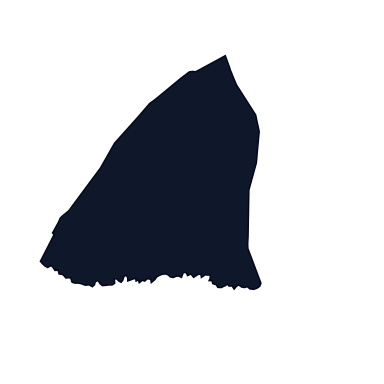 outline of Canarana, Bahia, Brazil, rotated 208°
{"feature_id": "56859067B18053238109826", "entity_name": "Canarana", "entity_type": "district", "adm_level": 2, "iso_a3": "BRA", "parent_name": "Brazil", "parent_adm1": "Bahia", "projection": "robinson", "projection_center": [-41.717, -11.766], "detail": "fine", "context": "isolated", "style": "filled", "palette": "ink", "viewbox_px": 384, "rotation_deg": 208, "n_neighbors": 0, "source": "geoboundaries", "source_scale": "gbopen_adm2", "svg_char_len": 1707}
<svg xmlns="http://www.w3.org/2000/svg" viewBox="0 0 384 384"><g transform="rotate(208 192 192)"><path d="M270.9,57.2L267.8,58.4L265.4,57.9L263.0,56.8L261.2,58.1L258.8,59.2L255.5,56.0L252.5,56.6L249.9,58.1L246.9,59.0L242.5,59.6L239.3,61.7L235.5,61.6L234.5,64.3L235.3,67.0L233.6,69.8L230.0,67.8L227.1,67.3L224.6,68.9L221.5,71.1L218.9,72.4L217.4,75.1L220.0,79.0L217.5,79.9L214.8,79.0L212.2,79.0L211.7,81.5L212.4,85.3L211.1,87.7L208.4,86.0L207.0,83.3L205.2,85.2L203.3,87.4L201.3,89.3L199.6,87.1L197.9,89.1L196.0,87.1L194.3,90.8L191.9,91.1L190.7,94.5L187.5,95.6L185.4,92.9L183.8,96.8L183.2,100.6L181.6,103.1L179.6,105.4L177.0,107.2L173.9,107.6L171.4,106.8L168.4,107.7L166.4,110.2L164.4,111.5L161.2,111.7L161.9,117.0L159.2,118.0L156.7,116.1L154.4,119.1L150.5,117.4L149.3,119.6L147.5,122.7L145.3,123.3L143.6,121.0L141.4,125.2L139.3,125.9L137.1,127.3L135.4,124.4L135.3,121.8L132.6,123.1L130.7,120.8L127.0,121.5L124.5,119.9L121.4,121.3L118.9,124.6L117.4,127.2L115.1,126.3L112.5,127.9L109.2,126.0L108.5,129.4L107.2,131.8L103.5,131.4L100.8,132.3L98.7,134.4L95.5,133.6L91.9,135.0L89.5,137.5L87.9,140.6L88.4,143.9L116.2,168.4L118.6,172.6L121.5,178.8L142.7,220.4L148.8,247.7L150.1,251.0L151.3,253.7L153.4,258.6L157.4,268.2L161.1,277.0L168.4,285.6L171.9,289.9L203.1,307.5L210.3,313.4L213.3,316.0L215.2,317.5L217.2,319.5L226.6,328.0L234.5,316.0L245.3,299.8L248.0,298.8L250.7,296.9L255.1,287.5L266.2,260.6L268.5,255.2L270.9,250.4L275.0,232.4L283.3,198.8L284.1,170.2L287.5,147.6L288.4,141.8L292.0,117.6L294.9,110.6L296.1,107.2L295.7,102.6L295.9,90.4L293.8,89.6L293.3,59.6L290.4,58.5L287.2,57.6L284.0,57.6L281.8,60.9L279.6,60.3L276.2,58.4L273.4,60.1L270.9,57.2Z" fill="#0f172a" stroke="#020617" stroke-width="1.5"/></g></svg>